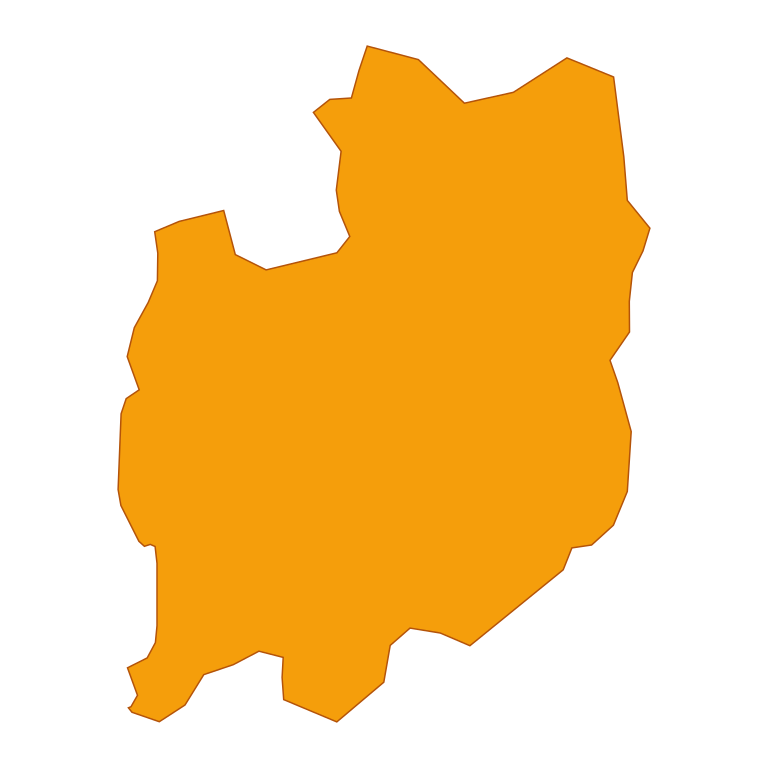 SVG path tracing the border of Leova
{"feature_id": "MDA-1641", "entity_name": "Leova", "entity_type": "District", "adm_level": 1, "iso_a3": "MDA", "parent_name": "Moldova", "parent_adm1": "", "projection": "orthographic", "projection_center": [28.371, 46.556], "detail": "fine", "context": "isolated", "style": "filled", "palette": "amber", "viewbox_px": 768, "rotation_deg": 0, "n_neighbors": 0, "source": "natural_earth", "source_scale": "10m", "svg_char_len": 1000}
<svg xmlns="http://www.w3.org/2000/svg" viewBox="0 0 768 768"><path d="M144.4,546.3L138.9,541.3L120.9,505.5L118.1,489.5L121.1,413.8L126.2,398.6L139.2,389.8L127.2,356.6L134.3,327.7L148.2,302.5L157.4,280.8L157.8,253.2L154.7,231.7L179.2,221.4L223.7,210.5L235.3,254.6L266.1,269.9L336.9,252.8L349.8,236.5L339.4,211.4L336.3,190.1L341.1,151.3L313.4,112.4L329.8,99.4L351.4,98.0L359.0,70.5L367.2,46.1L418.4,59.6L464.4,103.2L513.4,92.3L566.9,57.9L613.6,77.0L623.8,156.7L627.3,200.4L649.9,228.2L643.0,250.9L632.4,272.5L629.3,301.4L629.5,332.0L610.0,360.3L617.8,382.7L631.2,431.6L627.3,491.5L613.4,525.2L591.6,545.0L571.9,547.9L563.2,569.8L469.9,645.7L440.2,633.0L410.0,628.1L390.2,645.4L383.8,682.2L336.8,721.9L283.7,699.6L282.1,677.4L283.2,657.4L258.9,651.2L233.2,664.7L203.8,674.6L185.0,705.0L159.3,721.7L132.0,712.3L128.4,707.8L131.0,706.7L137.5,695.3L127.5,667.8L147.2,657.9L155.4,642.6L157.0,625.8L157.0,563.3L155.1,546.5L150.3,544.4L144.4,546.3Z" fill="#f59e0b" stroke="#b45309" stroke-width="1.5"/></svg>